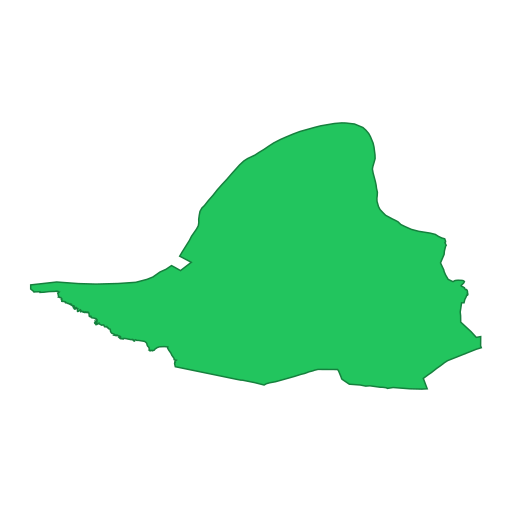 Tabores pag., Daugavpils, Latvia
{"feature_id": "27541924B89524282824071", "entity_name": "Tabores pag.", "entity_type": "district", "adm_level": 2, "iso_a3": "LVA", "parent_name": "Latvia", "parent_adm1": "Daugavpils", "projection": "equal_earth", "projection_center": [26.623, 55.872], "detail": "fine", "context": "isolated", "style": "filled", "palette": "green", "viewbox_px": 512, "rotation_deg": 0, "n_neighbors": 0, "source": "geoboundaries", "source_scale": "gbopen_adm2", "svg_char_len": 5747}
<svg xmlns="http://www.w3.org/2000/svg" viewBox="0 0 512 512"><path d="M175.3,366.7L198.6,371.5L213.3,374.5L235.5,379.1L240.7,380.1L242.6,380.2L254.6,382.6L264.1,385.0L266.4,383.7L269.6,382.8L275.6,381.7L281.7,380.0L294.5,376.4L301.1,374.3L304.5,373.5L307.0,372.6L308.7,371.9L313.0,370.8L314.2,370.3L317.9,369.4L337.6,369.5L338.7,371.2L341.0,376.8L341.7,378.9L342.4,379.5L349.3,384.2L360.2,385.0L365.7,386.1L369.9,385.8L379.9,387.2L382.9,387.3L386.5,387.8L387.3,388.4L393.1,387.5L409.9,388.8L421.9,389.1L427.2,388.8L423.3,378.4L428.4,374.6L431.5,372.5L436.8,368.3L440.4,365.8L444.7,362.5L447.7,360.6L476.4,349.2L481.3,347.7L480.6,345.8L480.7,336.6L476.3,337.4L471.0,331.6L460.7,322.1L460.6,315.7L460.2,312.0L461.6,302.8L464.0,302.8L464.8,299.5L465.9,297.4L466.7,295.3L466.9,295.5L467.1,295.4L467.8,294.8L467.8,293.7L467.6,293.3L467.4,293.3L467.3,293.1L467.3,292.6L467.5,292.5L467.6,292.2L467.2,290.5L466.9,290.0L466.6,289.7L466.3,289.7L466.1,289.5L465.8,289.7L465.2,289.2L464.3,288.1L464.4,287.7L463.8,287.4L462.7,286.7L461.5,286.3L461.1,285.6L461.3,285.3L463.7,283.0L464.4,281.6L463.7,280.9L463.0,280.6L462.0,280.4L460.0,280.3L459.5,280.3L458.3,280.2L455.8,280.4L454.6,280.7L453.4,281.5L453.0,281.5L452.8,281.6L448.2,279.4L445.6,275.0L444.3,272.0L443.9,270.9L443.9,270.2L440.5,262.9L444.1,254.4L444.4,251.1L445.6,246.2L446.2,245.3L444.9,242.6L445.6,241.9L445.5,241.0L444.7,238.8L441.9,238.0L438.6,236.5L435.3,234.4L430.1,233.1L418.7,231.3L411.4,229.4L405.1,226.6L400.8,224.5L398.0,221.8L395.4,220.4L391.9,218.7L385.6,215.3L382.8,212.5L380.0,209.5L378.5,206.6L377.0,201.3L376.9,198.2L377.2,195.8L377.4,192.3L376.5,188.3L376.1,185.1L375.4,181.7L373.1,173.0L372.4,169.1L372.8,166.7L374.0,162.6L375.1,158.6L375.0,154.9L374.0,147.1L373.1,143.1L370.4,136.6L368.7,133.5L365.8,130.1L362.9,127.5L354.5,124.0L345.7,123.0L341.7,122.9L334.4,123.5L320.8,125.8L314.9,127.3L299.9,131.5L293.2,134.0L285.6,137.2L280.6,139.4L274.1,142.7L269.4,145.7L264.0,149.4L258.7,152.6L255.1,155.0L247.5,158.6L243.8,161.0L239.7,164.8L231.7,173.7L226.7,179.5L222.2,184.3L217.4,189.7L213.0,195.3L208.5,200.4L204.4,205.6L201.9,208.0L200.0,211.4L199.3,215.0L198.7,219.3L198.8,222.6L198.3,225.8L196.5,229.1L191.5,236.3L189.5,240.3L182.1,252.1L179.7,256.2L191.3,262.3L180.5,270.6L174.7,267.3L171.5,265.6L166.0,269.3L160.0,272.0L152.9,277.0L146.9,279.4L135.8,282.3L118.4,283.5L96.1,284.1L78.5,283.6L56.7,282.0L30.7,284.9L30.7,289.0L33.7,291.5L33.9,292.0L34.1,292.0L34.1,291.9L40.0,291.7L40.0,292.4L43.9,292.2L49.0,291.6L55.0,291.4L55.4,291.3L56.3,291.1L57.2,291.2L57.0,291.5L57.7,291.7L57.8,291.5L58.3,291.6L58.3,291.9L58.5,292.0L59.1,292.1L57.8,293.4L58.4,295.2L58.3,295.5L58.4,296.2L58.4,296.3L59.1,296.9L58.9,297.1L59.0,297.1L59.4,297.3L59.9,297.6L60.8,297.5L61.1,298.1L61.7,298.5L61.9,299.1L61.5,299.3L61.5,299.5L61.3,299.7L62.0,300.6L62.0,301.0L61.8,301.2L61.8,301.3L63.1,301.5L64.0,301.4L64.7,301.8L65.1,301.7L65.7,302.1L65.7,302.3L65.4,302.5L65.5,302.8L66.4,302.8L66.8,303.0L67.4,303.2L67.7,303.4L68.2,303.3L68.3,303.4L68.3,303.6L69.1,303.8L69.3,304.0L70.0,303.8L70.1,304.3L70.4,304.3L71.0,304.2L71.0,304.7L71.5,304.6L71.5,305.2L72.1,305.4L72.4,305.9L72.8,306.2L73.5,306.2L73.5,305.7L73.8,305.7L74.1,306.1L73.9,306.4L74.1,306.5L73.8,306.9L74.6,307.6L73.6,307.9L73.9,308.2L74.0,308.3L74.9,308.3L75.0,308.6L74.7,309.1L75.0,309.2L75.8,308.5L75.9,308.3L76.0,307.6L76.3,307.5L76.8,308.1L76.5,308.3L77.4,308.5L77.1,308.7L77.1,308.9L77.2,309.3L77.5,309.7L77.6,310.0L77.4,310.9L77.5,311.3L77.7,311.5L78.7,311.2L79.1,310.8L79.5,310.3L80.1,309.8L80.4,309.7L81.0,310.6L81.0,310.9L80.6,311.4L80.7,311.7L81.4,311.3L82.1,311.7L82.9,311.4L83.2,311.5L83.3,312.2L84.0,312.2L84.4,312.5L84.8,312.3L84.9,311.9L85.0,311.8L85.9,311.9L86.0,312.0L86.0,312.5L86.6,312.5L87.0,312.1L87.9,312.1L88.2,312.2L88.4,312.4L88.2,312.8L88.7,312.9L89.0,313.4L89.2,315.8L89.3,316.2L89.4,316.4L90.2,316.7L90.4,316.2L90.9,316.2L91.1,316.3L91.2,317.1L91.4,317.6L91.8,317.8L93.9,318.1L96.0,318.6L96.2,318.8L96.0,319.4L96.1,319.5L96.3,319.6L96.6,319.5L97.0,319.6L97.1,320.1L96.7,320.6L97.1,320.8L97.1,321.1L96.9,321.6L96.6,321.7L95.8,321.7L95.2,321.2L95.2,321.6L95.4,322.4L94.7,322.7L94.6,322.8L94.9,323.5L95.1,323.6L95.9,323.7L96.1,323.9L95.9,324.4L95.9,324.6L96.7,324.6L97.2,324.3L97.3,324.1L97.2,324.0L96.4,323.9L96.5,323.7L96.8,323.6L96.9,323.2L97.2,323.2L97.5,323.5L98.4,323.3L98.1,323.7L99.5,324.0L101.7,325.2L103.3,324.9L103.9,325.2L104.3,326.3L104.5,326.7L104.7,326.8L106.0,326.8L106.5,326.6L106.5,326.9L107.5,327.3L107.5,327.7L107.8,327.9L108.2,327.9L108.3,328.3L108.6,328.7L108.8,328.7L109.4,329.0L110.2,329.2L110.4,330.0L110.4,330.8L110.6,331.5L111.1,332.5L111.9,333.3L114.5,334.4L114.8,334.8L114.4,335.1L115.9,335.1L115.3,335.5L115.6,335.6L118.1,335.7L118.7,335.9L118.3,336.1L119.6,336.0L120.5,336.7L120.1,337.5L119.8,337.6L119.3,337.2L119.1,337.2L118.9,337.3L120.2,338.5L120.7,338.2L121.1,338.3L120.9,338.7L121.0,338.8L122.4,338.8L123.1,339.1L123.5,338.8L123.4,338.5L124.4,338.4L126.5,338.7L128.1,339.1L129.0,339.2L130.6,339.6L131.3,339.5L131.8,339.7L132.4,339.4L132.8,339.4L133.5,340.1L133.3,340.5L134.2,341.1L134.6,341.0L134.8,340.3L135.0,340.0L135.6,339.7L136.4,340.2L136.8,340.4L138.6,340.4L143.0,341.1L144.5,341.4L145.5,342.0L146.6,343.1L146.9,343.9L147.0,344.7L147.4,345.7L147.8,346.3L148.6,347.1L148.9,347.5L149.2,348.8L149.6,349.6L149.1,350.0L149.3,350.1L149.4,350.3L149.5,350.2L149.8,350.4L150.2,350.8L150.6,350.8L151.7,350.3L151.9,350.3L152.2,350.7L152.4,350.8L152.8,350.5L153.3,350.5L154.3,350.1L155.3,348.8L156.4,348.2L157.2,347.6L159.4,346.8L164.2,346.6L167.8,346.9L167.6,348.0L168.6,349.9L170.5,352.6L170.7,352.8L172.0,355.5L174.1,358.4L174.1,359.6L176.3,360.2L175.0,361.2L174.8,362.4L175.1,362.6L174.7,363.0L174.6,363.6L175.3,366.7Z" fill="#22c55e" stroke="#15803d" stroke-width="1.5"/></svg>